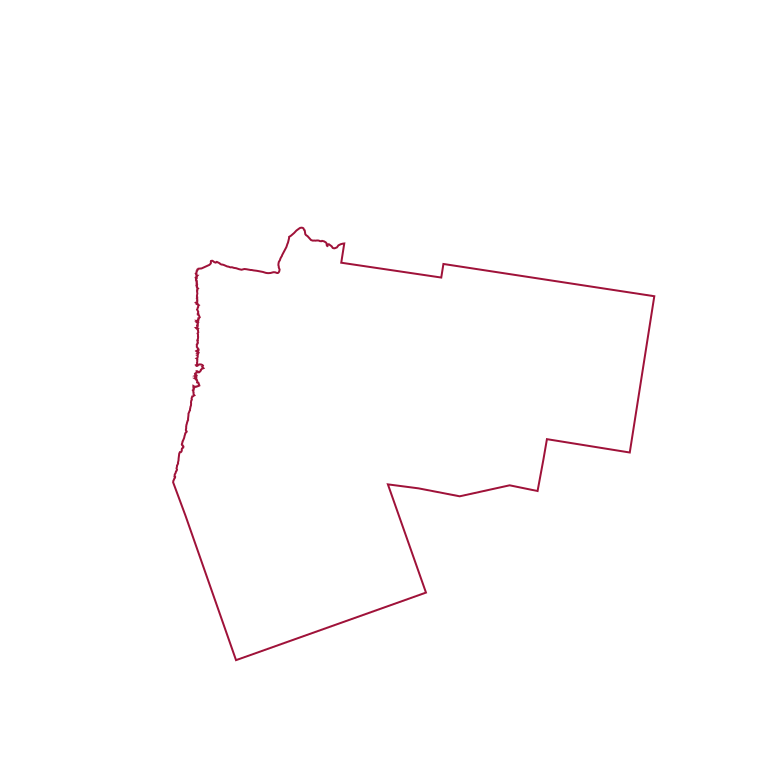 the district of Tordillo, Buenos Aires, Argentina, rotated 237°
{"feature_id": "61730980B48361677573227", "entity_name": "Tordillo", "entity_type": "district", "adm_level": 2, "iso_a3": "ARG", "parent_name": "Argentina", "parent_adm1": "Buenos Aires", "projection": "mercator", "projection_center": [-57.084, -36.413], "detail": "fine", "context": "isolated", "style": "outline", "palette": "rose", "viewbox_px": 768, "rotation_deg": 237, "n_neighbors": 0, "source": "geoboundaries", "source_scale": "gbopen_adm2", "svg_char_len": 6106}
<svg xmlns="http://www.w3.org/2000/svg" viewBox="0 0 768 768"><g transform="rotate(237 384 384)"><path d="M310.4,658.5L452.3,499.2L442.1,490.0L509.0,414.2L523.5,427.2L524.0,426.2L524.8,423.9L525.1,421.3L524.2,418.9L524.7,416.5L525.4,415.6L526.1,415.1L528.0,415.1L531.2,413.9L531.7,413.0L531.5,412.6L530.6,412.0L530.6,411.6L531.3,411.5L531.9,411.7L532.9,412.3L533.6,412.4L534.5,412.3L536.3,411.4L537.8,410.0L537.8,409.4L538.6,408.2L539.8,407.4L540.8,406.1L541.6,404.5L542.2,403.8L543.1,402.3L544.5,401.2L549.6,400.4L551.3,399.7L552.5,399.6L556.1,401.2L556.8,400.9L558.4,401.2L559.1,400.9L559.9,400.2L560.6,398.7L560.6,397.4L560.4,394.1L559.6,390.9L559.2,387.9L559.0,386.2L559.1,384.6L557.9,383.7L554.8,380.4L554.1,379.3L552.0,376.7L547.6,368.8L547.0,368.1L546.2,366.4L545.3,365.0L544.7,364.4L543.6,362.2L542.1,360.8L541.1,360.1L540.2,359.9L539.0,359.2L536.9,358.8L535.9,357.9L535.4,357.3L535.0,356.5L534.9,355.5L535.3,354.8L537.0,353.5L538.0,352.1L538.9,349.3L540.0,347.3L540.7,346.4L541.6,345.4L544.0,343.4L548.2,339.0L550.4,336.4L551.6,335.2L552.3,334.2L555.3,331.0L556.5,329.5L557.4,326.8L559.2,325.0L561.6,323.1L563.1,321.4L564.7,320.1L565.5,318.7L567.1,317.5L568.0,316.5L570.9,314.6L572.0,313.7L572.7,312.8L573.7,312.1L574.8,311.9L577.5,310.3L577.6,309.9L577.4,309.2L577.6,308.8L578.7,308.0L580.0,307.6L581.0,307.0L581.4,305.9L580.8,305.3L579.8,304.8L579.4,304.2L579.0,302.5L580.3,293.9L581.8,291.1L581.5,290.5L581.7,289.9L581.5,289.6L581.1,289.6L580.7,288.9L580.7,288.3L580.1,288.0L579.8,287.5L579.0,287.0L579.1,286.3L578.0,286.1L578.0,286.3L577.6,286.4L577.2,286.3L577.3,285.9L577.1,285.8L576.5,285.9L576.4,286.1L576.2,285.4L575.8,285.4L575.7,285.3L575.9,285.0L575.4,284.8L575.5,284.5L575.2,284.6L574.9,284.5L575.1,284.0L574.8,283.6L574.2,283.6L573.9,283.2L573.6,283.2L573.4,282.9L572.5,283.1L572.3,282.7L571.9,282.8L571.7,282.5L571.2,282.4L570.9,281.9L570.4,282.0L570.1,281.5L569.7,281.3L569.4,281.4L569.2,280.9L569.0,281.1L568.8,281.0L568.8,280.6L568.0,280.5L567.8,280.1L567.5,280.1L567.4,279.9L566.7,280.0L566.5,279.9L566.6,279.7L566.3,279.6L565.4,280.0L565.2,279.2L564.9,279.0L564.7,278.5L564.3,278.5L563.9,277.8L563.3,277.7L563.0,277.4L561.6,276.8L559.7,275.0L558.9,274.6L558.6,274.7L558.0,274.3L558.0,274.0L557.5,273.8L557.5,273.7L557.1,273.7L556.5,273.4L556.3,273.0L555.9,273.0L555.7,272.7L555.2,272.6L554.5,271.9L554.6,271.2L554.0,271.5L553.8,271.2L553.9,270.9L553.5,271.1L553.5,270.7L553.2,270.4L552.2,271.0L550.9,271.6L550.8,271.0L550.3,270.4L549.7,270.0L549.5,269.4L548.4,268.3L548.3,267.8L547.7,267.7L547.0,267.7L545.6,267.5L544.9,266.7L544.5,266.6L544.4,266.3L543.8,266.5L543.2,266.1L543.2,265.9L542.6,266.2L540.3,265.8L540.1,264.9L540.2,264.2L539.7,264.2L539.4,263.3L538.9,263.4L538.3,262.7L538.4,262.1L538.9,261.4L537.7,261.7L538.0,260.8L537.2,261.2L537.2,260.7L536.3,261.0L534.7,259.8L535.0,259.1L534.7,258.9L534.0,259.3L533.5,258.8L533.0,258.1L533.3,257.3L532.3,257.8L532.5,257.1L532.1,257.2L531.9,257.1L532.0,256.8L531.7,257.1L531.5,257.5L531.1,257.4L530.7,257.5L530.4,257.4L530.0,257.0L528.5,256.4L528.2,256.0L528.0,255.2L526.6,254.9L525.3,253.9L524.8,253.8L524.7,253.6L523.9,253.2L523.1,252.3L522.4,251.9L522.4,251.2L522.2,251.1L521.5,251.3L521.1,250.7L520.7,250.5L520.2,250.5L519.9,250.0L519.6,249.9L519.6,249.4L519.1,249.1L518.9,248.4L518.7,248.4L518.1,247.9L517.0,247.2L516.0,247.4L514.9,247.0L514.4,247.4L514.0,247.3L513.9,246.7L514.0,246.3L513.9,246.2L513.5,246.3L513.5,246.0L513.6,245.6L513.3,245.8L513.3,245.3L512.8,245.4L512.9,245.0L512.2,245.4L511.9,245.3L511.8,245.0L511.6,245.6L511.4,245.7L509.9,243.6L509.9,243.1L509.5,243.3L509.3,243.0L508.7,242.9L507.9,242.2L507.4,241.5L507.5,240.8L506.8,241.1L506.4,241.0L505.9,240.3L505.2,240.1L503.9,239.1L503.7,238.7L502.6,238.2L502.2,237.7L502.2,236.9L501.8,237.1L502.0,236.6L501.3,236.6L501.0,237.0L500.9,237.8L501.3,238.5L501.3,239.0L500.8,240.1L500.0,241.2L498.9,242.0L498.0,242.2L497.4,241.2L497.4,240.9L495.6,241.2L495.9,239.3L495.6,238.1L495.1,237.8L494.7,236.6L494.5,235.4L494.6,235.1L495.2,235.1L495.8,234.5L496.5,234.3L496.8,233.8L496.6,233.7L495.8,233.7L495.5,233.4L495.7,231.8L495.5,231.0L494.7,230.8L494.1,231.3L493.5,231.4L493.7,229.9L492.9,230.6L492.9,231.0L492.7,230.9L492.7,230.4L493.0,229.7L492.7,229.4L492.3,229.4L491.9,229.8L491.4,230.0L491.3,229.9L491.6,228.8L491.3,228.9L491.1,229.3L490.9,229.3L491.3,228.6L490.4,229.0L490.2,229.0L490.1,228.8L489.9,228.8L489.6,229.3L489.3,229.3L487.6,228.8L487.4,228.2L487.2,228.1L486.8,228.2L486.1,229.0L484.3,228.6L484.3,228.4L484.1,228.1L483.5,228.2L483.5,227.8L483.8,227.7L483.7,227.3L483.4,227.4L483.6,226.2L484.2,225.2L484.0,224.7L484.2,224.4L484.4,224.3L484.6,223.8L485.9,223.2L485.5,223.0L485.7,222.8L485.5,222.7L485.2,223.0L484.8,223.0L484.1,222.7L483.9,222.3L484.3,222.0L483.5,221.6L483.2,221.6L483.0,221.4L483.1,221.0L482.5,220.7L482.6,220.3L481.9,220.3L481.2,219.7L480.6,219.7L479.2,218.7L477.8,218.8L477.9,218.2L477.7,216.9L478.0,216.4L476.9,215.0L476.6,214.7L475.6,214.4L475.4,214.2L475.2,213.5L473.7,212.1L472.7,211.6L471.1,210.4L470.3,209.3L469.2,208.3L468.6,207.6L467.6,207.0L467.4,206.4L466.1,204.6L465.8,204.0L464.2,202.9L461.4,200.6L460.5,200.1L459.9,198.9L459.5,198.7L459.1,198.0L457.9,196.8L457.3,196.0L456.3,195.2L456.2,195.0L454.5,193.9L453.9,193.2L453.0,192.6L452.5,192.5L452.0,192.7L451.5,192.6L451.3,192.2L451.2,191.4L451.0,191.1L450.9,190.4L450.1,189.8L449.3,188.7L447.7,187.1L446.3,185.1L446.0,184.4L445.5,184.0L445.4,183.6L444.5,182.9L444.3,182.4L443.4,181.5L442.5,181.4L442.0,181.8L440.9,181.4L440.7,181.6L440.1,181.1L440.2,180.4L439.8,179.9L439.8,179.3L439.0,178.5L438.2,178.1L437.6,177.1L437.5,176.4L438.0,175.7L437.2,174.4L433.3,171.1L431.9,170.1L430.2,168.3L429.7,168.2L428.8,167.0L428.4,166.0L427.5,165.4L426.2,164.0L425.0,163.8L424.4,163.1L424.3,162.7L423.9,162.2L423.9,161.8L422.9,160.8L422.1,159.2L420.5,158.0L420.4,157.8L419.8,157.8L419.7,158.1L419.4,157.9L418.9,157.0L418.9,156.7L418.6,156.2L418.2,155.8L417.7,154.8L416.4,153.6L381.7,145.8L233.0,109.5L186.2,305.6L297.7,332.6L277.7,356.1L248.6,386.3L230.6,434.2L210.6,454.5L234.2,476.9L249.0,490.6L192.7,552.8L310.4,658.5Z" fill="none" stroke="#9f1239" stroke-width="2"/></g></svg>